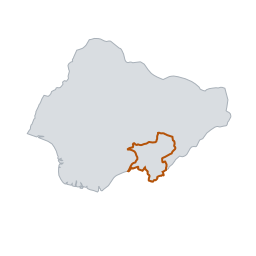 Nigeria, with Taraba highlighted, rotated 21°
{"feature_id": "NGA-2848", "entity_name": "Taraba", "entity_type": "State", "adm_level": 1, "iso_a3": "NGA", "parent_name": "Nigeria", "parent_adm1": "", "projection": "albers", "projection_center": [10.823, 8.016], "detail": "fine", "context": "in_parent", "style": "outline", "palette": "amber", "viewbox_px": 256, "rotation_deg": 21, "n_neighbors": 0, "source": "natural_earth", "source_scale": "10m", "svg_char_len": 6147}
<svg xmlns="http://www.w3.org/2000/svg" viewBox="0 0 256 256"><g transform="rotate(21 128 128)"><path d="M204.2,56.2L211.2,65.9L212.8,73.1L213.4,76.7L214.5,77.1L216.7,77.3L218.3,78.0L219.2,79.1L219.8,80.2L220.0,80.9L219.5,85.2L219.0,86.8L219.3,88.9L219.2,89.9L219.0,90.5L218.0,91.2L216.7,91.9L213.6,94.0L212.7,94.3L211.3,94.4L210.2,94.9L208.8,96.1L205.9,100.2L203.4,104.4L201.6,111.2L199.4,113.3L199.0,115.2L198.7,119.4L198.4,120.7L198.0,121.1L195.6,121.9L194.2,122.9L193.4,124.8L192.4,131.3L192.0,132.3L191.2,133.5L190.0,134.7L188.9,135.4L186.2,135.8L183.6,140.7L183.6,141.6L182.4,146.0L180.4,149.4L180.3,151.5L177.7,154.5L176.4,156.5L177.8,158.6L177.9,158.9L173.5,162.5L173.3,163.0L173.1,165.5L172.8,166.1L172.0,167.0L170.8,168.0L169.6,168.8L168.2,169.3L166.9,169.5L166.2,169.2L165.8,168.5L165.1,165.5L164.7,164.8L163.9,164.2L160.5,160.9L158.5,159.8L158.0,159.9L157.7,160.2L157.1,161.8L156.6,162.5L155.5,162.7L153.6,162.7L152.3,162.4L152.0,162.1L151.3,160.8L147.1,163.8L145.7,164.5L143.8,168.0L141.2,169.8L139.4,171.3L134.5,176.2L133.5,177.6L132.5,179.7L130.4,188.8L127.0,194.4L126.6,195.6L126.4,195.6L125.9,196.1L124.6,195.8L124.0,194.7L123.2,194.5L121.9,193.0L121.6,193.2L123.0,197.2L122.4,198.7L118.3,198.7L114.8,199.2L112.3,199.1L111.1,198.6L110.6,197.1L110.4,197.2L110.3,198.0L109.5,198.6L106.7,198.7L105.5,197.7L104.6,196.6L103.5,196.1L103.7,196.6L104.9,197.7L104.7,199.2L102.5,201.0L101.1,201.1L100.2,200.3L99.8,199.0L99.6,197.1L99.0,195.9L98.7,195.9L99.1,198.0L99.1,199.9L100.1,201.4L98.5,201.8L96.6,201.9L96.3,201.3L96.1,200.1L95.8,199.7L95.3,201.8L91.4,202.4L90.8,202.3L90.7,201.9L91.0,201.3L90.9,200.4L90.1,201.1L89.9,202.5L89.4,202.8L87.9,202.5L86.3,201.8L83.6,199.9L80.4,196.9L79.8,195.6L78.9,193.9L77.3,189.4L77.6,189.2L78.3,189.4L78.7,189.0L77.4,188.7L77.1,188.3L77.0,187.3L77.1,186.1L79.1,185.5L79.6,184.8L79.9,184.0L77.4,185.1L75.0,183.8L74.5,183.0L74.8,182.4L77.5,182.4L78.5,181.9L77.9,181.6L76.9,181.7L76.5,181.3L76.5,180.3L76.2,180.5L75.7,181.4L74.1,181.9L73.2,181.3L73.1,180.0L72.9,179.4L72.1,178.9L69.4,175.3L65.9,172.2L62.8,170.1L58.1,169.1L48.1,169.0L47.6,168.7L48.2,168.2L49.1,167.9L52.3,166.3L51.8,166.1L48.4,167.1L47.3,167.1L45.8,169.1L36.0,169.4L36.1,168.4L36.6,165.8L37.2,164.0L36.6,161.8L36.5,159.8L36.9,159.2L37.0,158.5L37.0,153.4L37.6,152.6L37.6,152.1L36.6,149.9L36.7,148.3L36.5,146.6L36.2,145.9L36.7,139.7L36.6,138.1L37.0,137.1L37.2,134.4L37.2,131.7L37.9,127.6L42.1,127.1L43.1,125.5L43.7,123.5L43.6,121.4L45.0,119.7L46.6,118.1L46.6,116.4L47.1,115.9L47.8,115.5L49.0,115.3L50.2,114.5L50.9,112.9L51.6,110.5L50.6,108.8L50.6,108.5L51.0,107.6L51.7,106.7L52.2,106.4L53.4,106.6L53.8,106.3L54.6,103.6L54.6,102.9L53.5,101.1L53.0,96.2L52.7,95.6L51.8,94.7L49.6,91.3L49.6,89.6L50.6,87.6L51.3,86.6L52.2,86.1L52.4,85.6L52.1,85.0L51.7,84.6L51.6,83.6L52.0,82.4L51.9,80.9L52.3,73.7L54.2,72.3L57.0,69.9L58.4,67.5L59.2,65.6L60.2,59.4L61.6,58.7L64.4,56.5L68.1,55.2L70.5,54.8L74.7,55.2L76.9,55.0L78.7,53.8L79.6,53.4L80.7,53.2L91.2,56.6L92.2,56.5L93.0,56.7L94.3,57.6L97.4,60.6L100.6,65.3L101.6,66.3L102.6,66.9L103.6,67.1L104.4,67.0L105.2,66.6L106.2,65.7L107.7,65.3L109.0,65.4L115.6,61.9L116.2,61.8L120.3,62.6L125.7,66.3L130.2,68.7L133.4,69.5L137.1,70.0L143.4,70.2L148.2,65.2L150.0,64.1L152.1,63.1L156.5,62.2L163.9,61.5L170.8,61.8L175.1,62.7L179.6,64.3L181.6,65.9L184.6,66.1L186.8,65.8L187.5,64.2L189.7,62.2L193.0,60.3L195.7,58.9L197.9,58.3L199.9,56.8L201.5,56.3L204.2,56.2ZM107.0,200.8L105.5,201.2L104.5,201.1L105.9,199.0L106.5,199.5L107.4,199.7L107.0,200.8Z" fill="#d9dde1" stroke="#a8b0b8" stroke-width="1"/><path d="M178.5,153.7L177.6,154.6L176.7,156.0L176.4,156.3L176.1,156.5L176.4,156.8L176.6,157.0L177.4,158.1L178.0,158.8L178.2,159.2L178.1,159.5L177.9,159.6L177.6,159.5L177.3,159.5L177.1,159.6L176.4,160.2L176.2,160.4L176.1,160.5L176.0,160.8L175.9,160.8L175.7,160.8L175.4,160.9L175.2,161.0L174.2,161.8L173.3,162.7L173.0,163.1L172.9,163.5L173.0,163.7L173.3,164.1L173.4,164.4L173.4,164.8L173.3,165.2L172.8,166.3L172.5,166.8L172.0,167.0L171.4,167.1L171.0,167.4L170.8,168.0L170.7,168.6L170.6,169.0L170.3,169.2L169.9,169.4L169.5,169.5L169.3,169.5L169.0,169.4L168.8,169.4L168.8,169.5L168.6,169.6L168.4,169.6L168.2,169.5L167.7,169.5L166.7,169.6L166.3,169.6L166.1,169.4L165.8,168.6L165.5,167.4L165.5,166.8L165.5,166.2L165.4,165.4L165.1,164.8L164.6,164.4L163.2,164.1L162.7,163.6L162.4,163.0L162.2,162.2L162.0,161.6L161.5,161.3L160.2,160.8L159.1,160.2L158.7,160.1L158.4,159.9L158.3,159.1L158.0,158.7L157.8,159.2L157.6,159.7L157.5,160.3L157.4,161.5L157.2,161.7L157.0,161.9L156.8,162.1L156.8,162.4L156.8,162.7L152.8,162.8L152.4,162.6L152.0,162.4L151.9,162.1L151.6,160.9L151.5,160.7L151.3,160.6L150.9,160.8L147.1,164.1L146.8,164.2L146.5,164.1L146.2,164.0L145.8,163.9L145.5,164.3L144.3,168.0L144.1,168.2L143.6,168.2L143.9,166.7L144.1,164.1L144.1,163.1L144.6,160.4L145.1,159.5L145.7,158.7L146.5,158.1L147.2,157.5L147.3,155.7L147.9,153.8L147.2,152.0L145.6,150.6L144.2,148.8L142.5,147.6L140.1,147.3L137.8,147.4L137.2,147.5L136.1,148.0L135.6,148.1L135.4,147.7L136.3,146.5L136.8,146.0L139.1,144.5L139.4,144.2L139.3,143.8L139.2,143.5L139.3,143.3L139.2,142.5L138.4,141.4L138.5,140.9L138.6,140.5L138.9,140.2L139.3,140.0L140.0,140.3L140.4,140.5L140.8,140.6L141.3,140.7L141.7,140.8L142.2,140.7L142.8,140.3L143.2,139.7L144.0,139.7L145.2,139.6L146.3,139.3L147.3,138.6L148.2,137.7L149.2,136.9L150.3,136.3L150.8,135.9L151.6,135.0L151.9,134.4L152.7,133.5L156.2,132.7L158.7,131.4L159.2,130.4L159.2,129.8L159.0,128.9L159.1,128.4L159.1,127.9L158.7,126.5L158.4,126.0L158.3,125.6L158.1,124.4L158.2,123.4L158.1,122.6L157.8,121.8L158.6,121.3L160.6,121.2L162.5,120.4L163.5,120.2L164.5,120.4L165.6,120.4L167.2,120.6L172.6,120.3L174.1,123.0L174.4,123.4L175.0,123.5L175.5,123.6L176.4,124.4L176.9,125.5L177.2,126.0L177.3,126.5L177.3,127.0L177.3,127.6L177.8,128.5L178.8,128.9L179.4,129.7L179.5,130.8L178.0,134.0L177.9,135.1L177.9,135.7L177.8,136.2L176.8,137.1L172.8,141.9L171.8,142.8L170.9,143.8L170.8,144.3L171.5,145.9L172.1,147.0L172.5,147.5L173.0,147.5L173.4,147.2L173.8,146.7L174.1,146.3L174.6,146.0L175.1,146.3L175.5,146.8L177.0,148.2L177.7,150.0L177.7,151.0L177.9,152.0L178.3,152.9L178.5,153.7L178.5,153.7Z" fill="none" stroke="#b45309" stroke-width="2"/></g></svg>